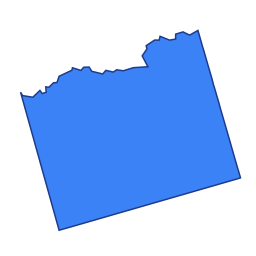 Cass, Texas, United States of America (orthographic projection), rotated 344°
{"feature_id": "52423323B4448800346359", "entity_name": "Cass", "entity_type": "district", "adm_level": 2, "iso_a3": "USA", "parent_name": "United States of America", "parent_adm1": "Texas", "projection": "orthographic", "projection_center": [-94.255, 33.095], "detail": "fine", "context": "isolated", "style": "filled", "palette": "blue", "viewbox_px": 256, "rotation_deg": 344, "n_neighbors": 0, "source": "geoboundaries", "source_scale": "gbopen_adm2", "svg_char_len": 820}
<svg xmlns="http://www.w3.org/2000/svg" viewBox="0 0 256 256"><g transform="rotate(344 128 128)"><path d="M33.6,207.3L220.1,207.0L222.4,206.9L222.4,202.6L222.4,200.4L222.3,196.3L222.3,186.0L222.3,179.5L222.3,156.1L222.2,133.9L222.3,129.0L222.2,113.9L222.2,112.3L222.1,110.4L222.3,104.2L222.2,89.6L222.2,88.6L222.2,84.0L222.2,74.2L222.1,71.1L222.1,67.1L222.1,63.3L222.1,53.5L212.8,55.7L207.4,50.8L199.7,50.9L198.3,55.6L192.2,55.0L184.1,48.7L182.2,52.1L177.8,50.8L168.1,53.9L168.1,57.1L161.5,62.6L164.0,74.6L149.9,71.5L139.3,71.7L133.1,68.9L129.3,70.2L122.6,66.5L118.6,69.1L108.8,63.5L107.4,58.7L102.1,57.4L98.7,59.7L91.2,54.8L90.0,57.0L76.0,59.3L72.3,64.7L68.9,64.0L63.2,67.0L60.3,65.8L59.2,71.1L55.0,71.2L53.7,67.6L45.0,72.2L35.6,67.8L34.6,64.0L33.6,207.3Z" fill="#3b82f6" stroke="#1e3a8a" stroke-width="1.5"/></g></svg>